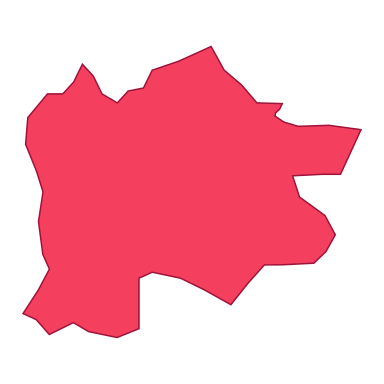 an SVG outline of Priština
{"feature_id": "KOS-5902", "entity_name": "Priština", "entity_type": "District", "adm_level": 1, "iso_a3": "XKX", "parent_name": "Kosovo", "parent_adm1": "", "projection": "albers", "projection_center": [21.268, 42.679], "detail": "fine", "context": "isolated", "style": "filled", "palette": "rose", "viewbox_px": 384, "rotation_deg": 0, "n_neighbors": 0, "source": "natural_earth", "source_scale": "10m", "svg_char_len": 785}
<svg xmlns="http://www.w3.org/2000/svg" viewBox="0 0 384 384"><path d="M282.3,103.6L279.6,109.3L275.6,112.8L275.1,116.1L283.7,122.0L298.0,126.3L308.4,126.0L328.9,125.3L361.0,129.7L340.5,174.3L322.3,174.3L292.6,175.8L299.5,197.0L325.0,215.6L335.3,234.8L326.0,251.5L313.9,263.2L282.0,264.8L264.4,264.9L248.1,283.1L230.9,304.7L204.6,290.0L180.5,278.2L152.1,272.2L139.0,278.2L139.0,304.9L139.0,328.7L117.1,337.5L88.6,331.6L73.3,322.6L49.3,334.5L36.2,319.6L23.0,313.6L38.4,289.9L49.4,269.1L42.8,254.3L38.5,221.6L43.0,191.9L36.5,171.1L25.6,144.3L27.8,117.6L47.5,93.9L62.8,93.9L73.7,82.0L82.4,64.2L93.3,76.1L102.0,93.9L117.3,102.9L128.2,91.0L143.5,88.0L152.2,70.2L178.4,61.3L211.1,46.5L224.2,70.2L241.6,85.0L256.9,102.9L282.3,103.6Z" fill="#f43f5e" stroke="#9f1239" stroke-width="1.5"/></svg>